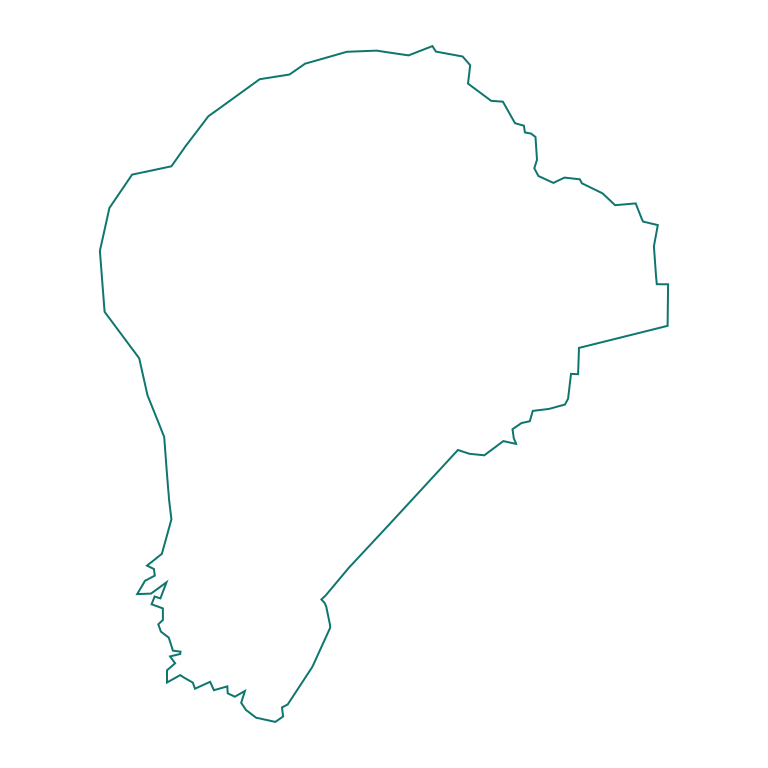 Aguadilla, Puerto Rico (Albers equal-area conic projection)
{"feature_id": "32010507B44125592347050", "entity_name": "Aguadilla", "entity_type": "district", "adm_level": 2, "iso_a3": "PRI", "parent_name": "Puerto Rico", "parent_adm1": "", "projection": "albers", "projection_center": [-67.126, 18.45], "detail": "fine", "context": "isolated", "style": "outline", "palette": "teal", "viewbox_px": 768, "rotation_deg": 0, "n_neighbors": 0, "source": "geoboundaries", "source_scale": "gbopen_adm2", "svg_char_len": 1897}
<svg xmlns="http://www.w3.org/2000/svg" viewBox="0 0 768 768"><path d="M432.4,46.1L408.8,55.3L408.7,55.4L386.9,52.2L376.5,50.6L374.8,50.7L346.7,51.8L332.8,55.8L305.0,63.7L303.9,64.5L289.5,74.5L259.7,79.2L216.7,110.3L211.4,114.1L209.7,115.3L208.4,116.2L198.3,129.5L185.7,146.0L183.2,149.6L171.4,166.3L132.1,174.6L109.4,208.0L104.8,228.8L102.7,238.2L99.9,250.9L102.5,284.8L104.6,311.8L127.8,343.0L130.0,346.0L133.8,351.0L139.2,358.3L147.5,395.3L158.5,422.6L160.2,426.9L162.8,433.6L163.8,435.9L164.2,437.0L166.6,469.2L167.1,475.5L168.0,486.9L168.7,494.8L169.0,499.1L171.4,519.3L170.9,521.2L169.1,527.7L166.0,539.0L162.5,551.5L161.8,553.9L156.7,557.9L156.7,558.0L147.5,565.2L147.0,565.6L153.9,569.0L154.8,575.6L145.0,580.8L137.2,594.1L151.0,593.6L166.5,582.3L160.4,598.4L154.6,596.5L151.6,604.3L162.9,608.4L162.9,620.0L158.3,624.3L160.9,631.6L168.8,637.7L172.9,650.6L180.5,651.7L180.2,654.0L170.1,656.4L175.1,663.3L167.0,670.3L167.0,682.5L180.2,675.1L184.3,677.8L192.8,682.6L195.0,688.7L210.1,681.8L213.9,690.2L227.3,686.4L227.7,693.3L234.8,696.7L244.9,691.0L241.2,702.8L246.0,710.0L256.1,717.7L275.3,721.9L283.1,716.5L282.0,707.4L287.7,704.5L287.8,704.3L312.0,667.4L312.9,665.7L330.2,627.7L329.9,624.3L326.3,607.0L326.2,606.5L324.6,602.9L321.4,599.5L325.8,595.3L348.8,567.8L389.1,524.6L457.9,450.0L469.5,453.8L484.3,455.3L503.3,441.1L516.1,443.9L515.8,442.8L513.8,438.4L512.5,429.2L521.4,423.1L529.8,421.2L532.8,410.9L549.1,408.9L565.0,404.5L568.1,398.6L571.0,373.9L578.1,374.2L579.0,347.9L667.6,325.8L668.1,284.3L656.8,284.2L656.0,275.7L653.9,246.3L657.8,225.1L643.1,221.6L641.9,219.2L635.7,203.4L615.1,205.2L602.6,193.4L581.9,183.3L579.8,179.3L564.5,177.6L553.4,182.9L538.4,176.0L534.3,168.3L537.0,159.8L535.5,137.0L531.1,133.6L524.9,132.4L523.9,125.7L515.0,123.2L502.9,101.7L491.1,100.8L468.0,83.6L470.2,65.2L462.6,56.5L435.9,51.6L432.4,46.1Z" fill="none" stroke="#0f766e" stroke-width="2"/></svg>